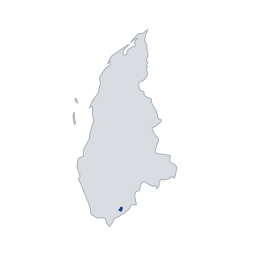 Tomala, Lempira, Honduras shown in context, rotated 287°
{"feature_id": "27666195B14707888377394", "entity_name": "Tomala", "entity_type": "district", "adm_level": 2, "iso_a3": "HND", "parent_name": "Honduras", "parent_adm1": "Lempira", "projection": "orthographic", "projection_center": [-88.742, 14.255], "detail": "fine", "context": "in_parent", "style": "filled", "palette": "blue", "viewbox_px": 256, "rotation_deg": 287, "n_neighbors": 0, "source": "geoboundaries", "source_scale": "gbopen_adm2", "svg_char_len": 3067}
<svg xmlns="http://www.w3.org/2000/svg" viewBox="0 0 256 256"><g transform="rotate(287 128 128)"><path d="M227.7,118.0L219.5,117.7L215.6,118.8L213.9,121.1L212.5,122.2L211.3,122.0L208.8,123.0L205.1,125.1L201.8,126.0L198.8,125.5L197.9,126.0L197.7,126.7L197.2,127.4L196.1,127.8L194.7,127.6L193.2,126.9L192.4,127.2L192.4,128.6L191.6,128.9L190.0,128.3L188.3,128.9L186.4,130.5L183.7,130.9L180.2,130.0L177.5,128.3L175.5,125.8L173.2,125.2L169.2,127.2L167.6,129.4L167.3,130.8L167.7,132.0L166.9,132.9L165.1,133.3L163.7,134.8L162.8,137.5L162.6,139.5L163.2,140.9L162.3,142.0L159.9,142.7L157.0,145.0L153.7,148.9L150.5,151.6L147.2,153.1L145.6,154.9L145.7,156.7L145.5,157.3L144.9,157.5L143.8,157.8L137.4,153.8L135.6,151.0L134.0,151.5L132.0,152.9L129.2,156.1L126.3,160.5L124.8,161.0L117.3,160.4L113.3,160.8L112.5,161.4L112.1,163.0L112.3,165.1L113.5,172.7L114.1,175.8L113.5,176.8L111.5,176.9L108.9,177.4L107.4,178.8L107.1,180.3L107.0,182.4L106.2,184.5L104.5,186.1L102.9,186.6L93.9,187.1L94.0,183.6L91.4,182.2L89.9,179.2L88.6,177.3L89.0,176.1L88.9,174.7L85.2,173.6L81.8,174.5L79.8,173.9L78.4,173.2L80.9,171.4L81.0,170.4L80.2,169.6L79.4,169.1L79.6,167.1L80.1,164.8L81.5,159.4L81.0,158.4L78.7,156.8L75.8,156.7L72.6,157.2L71.0,156.4L69.7,154.5L67.4,153.6L63.4,155.1L59.1,157.4L57.8,158.2L56.7,158.1L56.2,156.4L56.0,154.4L55.7,153.9L53.4,153.2L50.8,152.7L49.4,152.1L48.1,150.8L44.9,149.1L44.2,147.8L40.0,144.8L39.1,143.3L38.1,142.2L36.1,140.9L34.5,141.2L29.1,139.5L28.3,139.3L29.0,137.8L30.7,135.5L34.4,133.0L34.8,130.9L33.8,126.9L32.8,124.3L33.4,123.2L34.5,118.6L35.4,117.5L40.8,115.1L41.3,114.8L45.5,111.5L50.1,107.9L55.0,103.9L60.4,99.4L63.4,96.7L64.8,95.6L67.9,96.5L70.3,94.4L71.8,93.7L75.1,91.1L76.1,90.6L81.6,89.5L84.3,89.5L86.7,92.1L88.5,93.5L92.0,92.2L95.0,92.0L107.1,94.3L111.9,93.2L120.8,92.9L124.7,93.4L130.3,90.0L133.9,89.2L138.1,87.6L137.5,86.0L136.5,85.3L143.0,85.9L152.6,89.2L162.9,88.4L166.5,86.5L168.9,86.0L179.4,89.3L182.2,92.0L184.4,92.2L186.1,91.6L186.5,91.0L184.4,90.4L183.5,89.6L191.8,91.1L207.6,103.6L207.9,104.7L201.2,101.0L197.7,101.4L196.8,102.0L197.0,104.1L197.4,105.1L198.9,105.1L200.0,104.6L202.8,105.2L204.6,106.5L206.9,108.6L208.2,110.8L209.7,110.9L211.0,109.4L213.7,109.2L215.4,110.7L216.6,110.6L214.9,108.2L210.8,106.0L211.8,105.8L220.7,109.9L223.4,115.2L225.5,116.4L227.7,118.0ZM122.5,73.6L117.4,76.3L115.8,76.2L118.1,74.2L121.9,72.5L125.1,71.6L127.7,71.9L122.5,73.6ZM140.0,70.7L137.6,72.6L137.1,71.8L138.3,70.0L139.7,68.9L141.1,69.0L140.8,69.8L140.0,70.7Z" fill="#d9dde1" stroke="#a8b0b8" stroke-width="1"/><path d="M50.2,144.4L48.7,144.5L48.0,144.1L47.3,143.6L46.9,143.7L46.8,143.9L46.9,144.0L47.0,144.0L47.2,144.3L47.3,144.4L47.3,144.5L47.5,144.6L47.5,145.0L46.7,145.5L46.8,145.6L47.0,145.7L47.0,145.8L47.0,145.7L47.1,145.8L47.3,145.8L47.3,145.7L47.4,145.8L47.5,145.8L47.8,145.8L48.0,145.7L48.3,145.6L48.4,145.8L48.5,145.8L48.9,145.8L49.2,145.6L50.0,145.7L49.9,145.7L50.0,145.6L49.9,145.5L49.9,145.4L49.8,145.2L50.0,145.0L50.0,144.9L49.9,144.9L49.9,144.7L50.0,144.7L50.1,144.4L50.2,144.4Z" fill="#3b82f6" stroke="#1e3a8a" stroke-width="1.5"/></g></svg>